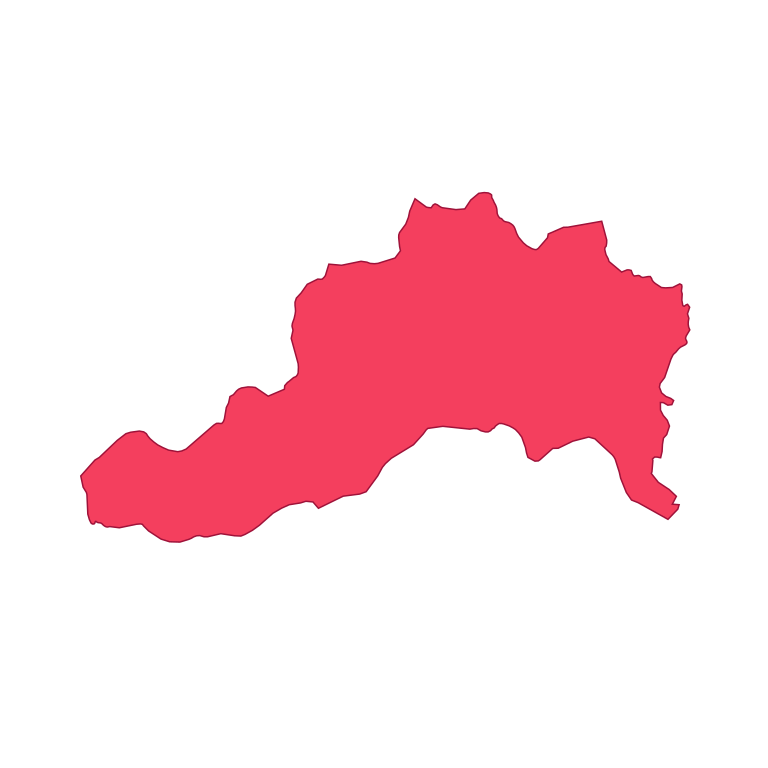 the Department of Yoro, rotated 171°
{"feature_id": "HND-643", "entity_name": "Yoro", "entity_type": "Department", "adm_level": 1, "iso_a3": "HND", "parent_name": "Honduras", "parent_adm1": "", "projection": "natural_earth1", "projection_center": [-87.221, 15.309], "detail": "fine", "context": "isolated", "style": "filled", "palette": "rose", "viewbox_px": 768, "rotation_deg": 171, "n_neighbors": 0, "source": "natural_earth", "source_scale": "10m", "svg_char_len": 4085}
<svg xmlns="http://www.w3.org/2000/svg" viewBox="0 0 768 768"><g transform="rotate(171 384 384)"><path d="M124.7,205.9L151.5,227.0L157.7,230.7L161.6,238.9L165.0,253.9L165.4,260.2L167.4,273.5L168.4,276.2L169.6,278.3L184.3,296.9L190.1,299.6L206.5,298.0L222.0,293.3L227.4,294.0L241.7,284.8L243.6,283.9L247.0,284.2L253.3,289.0L254.0,293.5L254.2,299.1L256.2,309.9L258.6,314.6L261.3,318.5L263.6,320.6L266.8,323.0L272.2,325.9L274.1,326.6L276.5,327.0L278.3,326.2L280.5,325.0L282.0,323.4L284.2,322.7L286.1,321.2L288.6,320.4L291.3,320.8L295.5,322.6L299.0,325.4L302.5,326.0L306.3,326.0L332.5,333.0L347.7,333.3L349.5,332.1L353.2,328.4L364.4,319.4L388.4,309.5L395.0,305.2L398.6,302.0L404.6,294.2L418.5,280.4L425.2,279.1L441.9,279.6L468.2,271.5L472.6,278.6L479.5,280.4L485.0,279.6L496.5,279.6L504.5,277.4L513.8,273.8L529.1,264.0L536.8,260.1L544.8,257.2L549.1,256.2L555.4,257.5L568.6,261.7L582.1,260.7L585.8,261.3L589.6,263.1L592.8,263.4L595.9,262.8L598.3,261.8L601.0,261.1L610.3,259.8L620.4,261.7L628.5,265.7L639.5,275.7L643.7,281.5L644.6,283.2L646.4,283.9L650.2,284.2L667.9,283.4L677.2,286.1L679.4,286.0L680.2,286.2L681.3,286.7L682.2,287.4L683.2,288.4L684.5,290.2L685.5,291.0L686.6,291.4L687.8,291.7L688.7,292.1L689.5,292.8L690.0,293.4L690.5,293.4L690.9,292.8L691.5,291.7L692.4,291.1L694.0,291.4L695.1,292.5L696.2,296.1L696.9,301.8L694.7,321.3L694.9,323.4L697.3,329.2L697.9,340.6L681.4,354.1L676.7,356.0L656.2,370.1L646.7,375.3L641.8,376.0L633.0,375.8L628.8,374.3L626.5,372.1L625.4,369.5L623.6,366.5L620.5,362.8L617.1,359.3L612.4,355.8L607.1,352.4L598.3,349.4L594.2,349.5L589.6,350.7L558.4,370.1L555.6,371.3L553.7,371.1L551.9,370.6L550.4,370.4L548.5,372.0L547.1,374.5L543.4,385.5L540.5,389.5L538.1,395.7L534.4,397.0L530.7,400.2L528.4,401.6L525.5,402.4L518.8,402.4L514.8,401.6L511.6,400.7L500.3,390.1L483.2,394.4L482.3,397.9L479.1,400.6L477.8,401.2L472.3,404.5L469.8,405.1L468.3,406.4L467.1,408.2L465.9,414.0L465.6,417.5L468.5,443.6L465.6,451.0L465.5,452.3L465.7,454.0L465.8,455.7L465.0,458.2L462.5,462.8L460.9,466.8L460.0,469.8L459.7,472.6L459.6,475.3L459.1,478.7L457.1,482.6L451.6,486.9L444.2,494.5L433.0,498.0L430.1,497.3L428.5,497.3L426.3,498.9L424.9,500.3L419.7,511.0L407.3,507.9L387.5,508.8L381.8,507.0L378.9,505.3L374.6,504.3L371.0,504.1L353.4,506.7L346.9,513.0L347.1,517.4L346.6,526.3L346.1,528.9L344.9,531.2L337.5,538.5L333.8,544.8L331.5,550.8L324.4,562.1L314.4,552.0L312.1,551.2L309.8,550.7L307.4,553.2L305.4,553.9L303.3,552.7L300.5,550.0L298.9,549.0L285.7,545.0L276.8,544.3L269.6,552.1L260.6,557.5L255.1,557.4L251.1,556.4L249.2,555.1L248.2,554.0L248.2,553.0L248.4,551.9L248.3,550.9L247.3,548.2L246.9,546.3L245.8,543.3L245.3,540.8L245.2,538.8L245.5,534.8L245.1,532.6L243.9,530.0L242.0,528.9L240.4,526.4L239.0,525.4L235.5,524.0L233.6,522.5L231.9,520.7L231.0,519.1L230.4,517.2L229.4,511.9L228.2,508.1L224.3,501.6L221.4,498.2L216.7,494.5L214.5,493.4L212.8,492.9L211.6,493.2L210.4,493.8L199.6,502.9L198.3,506.5L182.1,510.7L178.0,510.1L143.5,510.7L141.5,491.3L142.0,488.5L143.0,485.4L144.3,484.3L144.9,482.6L144.8,480.5L144.5,477.0L143.0,472.6L142.6,469.8L131.8,457.4L126.0,458.7L124.2,458.4L122.1,457.5L121.2,453.3L120.0,451.5L115.8,451.4L114.6,450.9L113.3,449.5L111.7,448.7L106.3,448.8L104.2,448.5L103.2,446.4L102.9,444.6L101.9,442.7L100.3,440.8L94.9,435.9L90.9,434.9L83.8,434.2L76.2,436.6L74.5,435.3L74.5,433.5L75.7,429.3L75.4,426.3L76.7,420.2L76.6,415.0L76.3,414.4L75.3,413.8L73.1,415.0L71.7,415.2L70.1,412.0L73.3,405.8L72.6,401.2L73.6,398.4L74.2,395.5L74.2,392.5L73.5,389.6L78.0,384.2L79.0,382.2L78.9,380.7L78.4,379.3L78.2,377.9L78.8,376.6L80.5,375.6L85.4,374.0L87.6,372.6L91.0,369.6L92.7,368.6L94.2,367.3L96.7,363.7L105.8,346.5L111.2,341.3L112.5,337.8L111.2,331.8L107.5,327.6L103.0,324.9L100.5,322.4L102.9,318.6L107.0,318.7L111.0,321.9L113.9,322.5L115.0,314.9L113.1,309.2L109.9,303.9L108.6,297.8L112.7,289.8L116.4,286.9L118.4,280.8L119.9,273.8L122.3,267.9L123.4,268.2L125.6,269.1L128.2,269.5L130.6,267.9L130.4,266.4L133.1,255.3L134.0,253.8L128.4,243.9L118.8,235.1L112.8,227.3L118.0,220.2L111.4,218.6L113.4,214.4L124.7,205.9Z" fill="#f43f5e" stroke="#9f1239" stroke-width="1.5"/></g></svg>